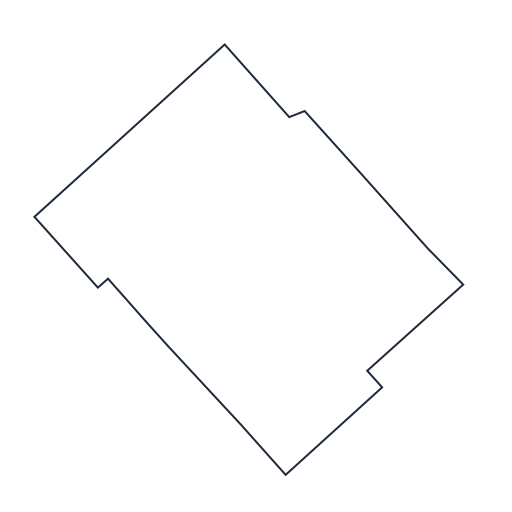 Benton, Missouri, United States of America (Equal Earth projection), rotated 136°
{"feature_id": "52423323B53936333340658", "entity_name": "Benton", "entity_type": "district", "adm_level": 2, "iso_a3": "USA", "parent_name": "United States of America", "parent_adm1": "Missouri", "projection": "equal_earth", "projection_center": [-93.279, 38.299], "detail": "fine", "context": "isolated", "style": "outline", "palette": "slate", "viewbox_px": 512, "rotation_deg": 136, "n_neighbors": 0, "source": "geoboundaries", "source_scale": "gbopen_adm2", "svg_char_len": 366}
<svg xmlns="http://www.w3.org/2000/svg" viewBox="0 0 512 512"><g transform="rotate(136 256 256)"><path d="M120.3,326.5L135.6,332.8L131.6,429.9L388.2,438.1L388.6,426.8L391.7,343.1L378.2,342.5L380.8,283.4L381.9,251.3L384.0,145.5L386.7,78.0L256.5,73.9L255.7,96.2L126.8,91.5L127.2,142.0L123.4,238.2L120.3,326.5Z" fill="none" stroke="#1e293b" stroke-width="2"/></g></svg>